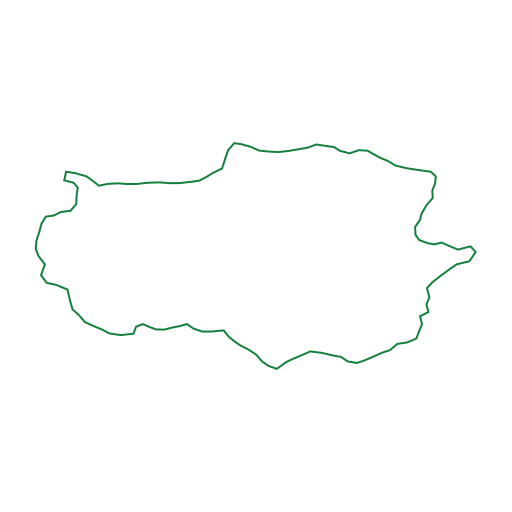 the district of São Geraldo da Piedade, Minas Gerais, Brazil, rotated 267°
{"feature_id": "56859067B84710447672664", "entity_name": "São Geraldo da Piedade", "entity_type": "district", "adm_level": 2, "iso_a3": "BRA", "parent_name": "Brazil", "parent_adm1": "Minas Gerais", "projection": "natural_earth1", "projection_center": [-42.309, -18.896], "detail": "fine", "context": "isolated", "style": "outline", "palette": "green", "viewbox_px": 512, "rotation_deg": 267, "n_neighbors": 0, "source": "geoboundaries", "source_scale": "gbopen_adm2", "svg_char_len": 1781}
<svg xmlns="http://www.w3.org/2000/svg" viewBox="0 0 512 512"><g transform="rotate(267 256 256)"><path d="M326.1,439.7L331.0,435.0L333.5,422.0L335.8,411.0L339.1,399.8L344.1,392.5L347.1,386.1L350.7,380.0L355.3,372.9L356.3,364.3L353.6,354.7L356.8,345.0L360.7,339.7L362.1,332.3L364.2,322.0L361.5,313.2L360.4,304.1L359.2,294.1L358.6,283.4L359.7,273.8L361.1,264.7L365.4,256.2L368.5,247.0L369.8,240.1L363.1,233.7L355.3,230.5L345.2,226.7L341.0,216.8L337.7,211.0L334.2,203.2L333.5,195.3L332.8,183.8L333.2,174.3L334.6,163.1L334.8,150.4L334.2,142.0L334.6,131.3L335.8,122.0L335.8,111.9L334.4,102.9L339.0,97.6L344.3,91.1L348.1,80.1L350.1,70.7L341.6,68.5L338.7,77.7L333.6,81.6L326.4,80.1L317.3,79.2L310.8,73.1L310.2,63.5L307.0,56.2L306.3,48.2L299.6,43.5L291.7,41.0L283.0,37.6L274.9,36.4L267.7,38.6L258.7,44.7L248.0,40.3L240.2,45.6L237.6,55.0L232.4,65.9L220.1,68.2L212.3,70.0L206.1,76.2L199.0,81.6L194.9,89.5L190.2,99.2L186.3,105.6L184.1,116.8L184.8,129.5L191.6,132.5L193.9,139.4L190.9,145.5L187.9,152.3L187.3,160.8L188.9,168.5L189.9,175.5L191.6,183.4L186.7,190.0L183.4,198.3L182.9,208.0L183.4,219.8L176.7,224.7L172.1,229.8L167.6,235.5L163.0,243.5L157.5,251.1L150.4,256.5L145.6,262.8L142.2,270.8L148.5,280.7L151.4,287.6L154.0,294.9L157.9,305.3L155.8,316.7L152.7,327.4L150.7,335.8L145.9,342.0L143.9,351.3L146.3,359.7L149.4,368.0L152.7,376.4L155.0,384.9L160.8,392.6L161.8,402.5L165.1,411.7L172.1,414.9L179.2,418.2L187.3,416.7L191.0,425.2L199.0,423.7L205.5,427.0L215.0,425.0L220.8,431.1L226.8,439.7L232.6,448.5L237.2,456.1L239.6,468.8L248.5,475.6L254.4,470.7L251.8,458.0L256.1,449.2L259.7,442.0L258.3,434.7L259.9,427.7L263.5,419.7L268.8,416.4L276.7,416.4L283.5,421.7L289.5,423.5L297.8,428.9L304.7,435.5L312.2,435.5L319.0,438.6L326.1,439.7Z" fill="none" stroke="#15803d" stroke-width="2"/></g></svg>